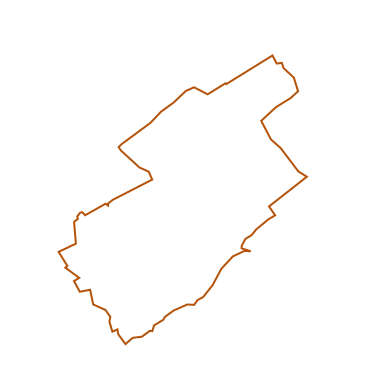 Ballymun-Finglas Lea-6, Dublin, Ireland (Equal Earth projection), rotated 316°
{"feature_id": "5873133B16381399369592", "entity_name": "Ballymun-Finglas Lea-6", "entity_type": "district", "adm_level": 2, "iso_a3": "IRL", "parent_name": "Ireland", "parent_adm1": "Dublin", "projection": "equal_earth", "projection_center": [-6.294, 53.391], "detail": "fine", "context": "isolated", "style": "outline", "palette": "amber", "viewbox_px": 384, "rotation_deg": 316, "n_neighbors": 0, "source": "geoboundaries", "source_scale": "gbopen_adm2", "svg_char_len": 1083}
<svg xmlns="http://www.w3.org/2000/svg" viewBox="0 0 384 384"><g transform="rotate(316 192 192)"><path d="M38.5,255.2L48.0,255.7L55.5,261.3L65.3,262.6L66.8,264.5L72.1,261.6L82.6,264.0L85.8,263.0L96.9,264.6L110.5,269.7L115.2,274.7L120.8,273.6L127.0,275.3L142.2,273.3L159.9,267.6L176.7,266.7L188.7,270.8L193.1,275.4L188.5,267.0L190.4,265.2L198.0,262.8L204.6,264.4L212.4,263.5L227.7,264.7L235.6,266.5L237.4,255.9L285.2,260.8L282.8,251.1L286.3,221.7L285.3,209.1L291.2,188.9L311.4,189.3L328.0,192.9L338.3,193.2L344.7,180.5L343.9,166.5L346.3,161.5L342.2,158.5L344.7,149.7L291.7,138.2L291.7,137.1L271.1,132.6L266.2,118.1L257.7,115.0L240.9,114.9L225.4,112.7L210.2,113.4L174.0,108.6L170.4,108.8L169.7,113.0L171.2,137.8L175.0,147.3L172.0,155.4L129.6,142.6L123.7,142.0L122.2,143.4L121.7,140.4L99.0,134.5L99.0,130.3L97.2,129.2L92.5,129.8L91.3,132.0L86.4,131.6L72.6,148.5L54.5,142.4L51.0,158.5L48.3,158.5L51.2,175.4L45.2,174.1L42.0,185.8L50.8,191.6L42.8,204.3L47.8,216.8L46.5,225.1L42.5,227.9L37.7,237.2L42.9,239.0L40.1,243.2L38.5,255.2Z" fill="none" stroke="#b45309" stroke-width="2"/></g></svg>